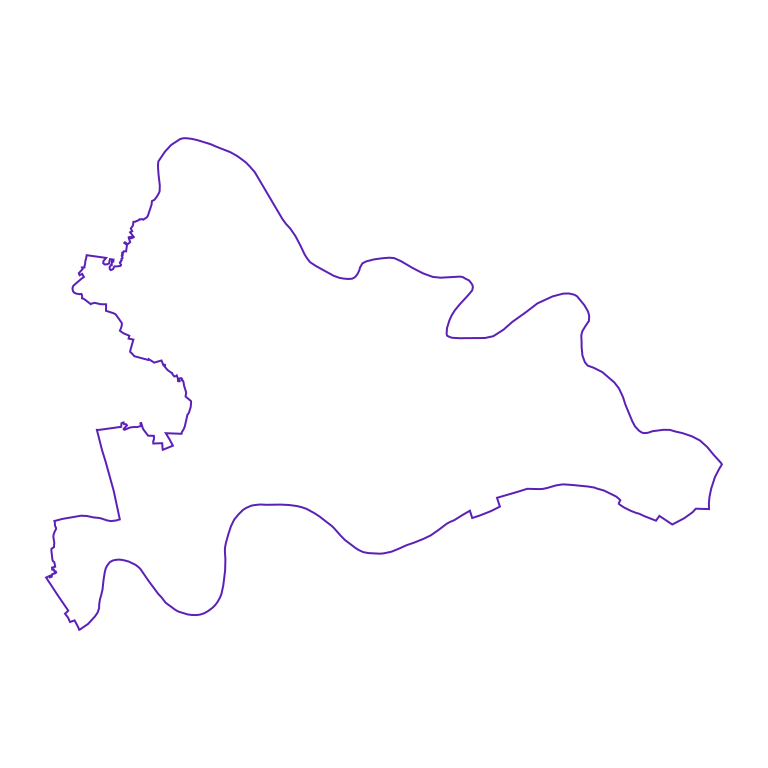 Que Vo, Bắc Ninh, Vietnam
{"feature_id": "81297802B29506934186430", "entity_name": "Que Vo", "entity_type": "district", "adm_level": 2, "iso_a3": "VNM", "parent_name": "Vietnam", "parent_adm1": "Bắc Ninh", "projection": "albers", "projection_center": [106.153, 21.145], "detail": "fine", "context": "isolated", "style": "outline", "palette": "violet", "viewbox_px": 768, "rotation_deg": 0, "n_neighbors": 0, "source": "geoboundaries", "source_scale": "gbopen_adm2", "svg_char_len": 6034}
<svg xmlns="http://www.w3.org/2000/svg" viewBox="0 0 768 768"><path d="M102.0,450.0L105.5,461.3L113.7,490.8L119.8,519.4L116.0,520.5L110.9,521.1L107.0,520.4L101.4,518.5L99.4,518.0L93.5,517.4L86.8,516.0L81.1,515.7L62.5,518.9L54.4,521.0L54.8,522.2L55.0,525.8L56.1,528.0L56.1,528.9L54.6,531.8L53.5,535.0L53.4,537.0L54.3,543.0L54.1,544.8L54.0,547.1L51.6,548.7L51.3,549.8L52.4,559.6L52.9,561.0L54.3,562.2L55.2,566.7L52.0,567.6L52.3,569.7L53.7,569.4L54.5,571.5L55.6,571.3L56.1,572.4L55.0,572.6L55.1,573.3L52.2,574.2L51.6,576.9L49.9,577.3L49.9,575.8L46.1,577.5L57.5,594.9L67.9,610.1L68.2,610.8L65.0,613.7L68.1,617.7L70.0,622.0L74.6,620.4L78.2,627.2L79.2,629.8L80.1,629.4L88.1,623.9L94.9,616.5L97.6,612.6L99.1,608.2L99.2,604.3L100.0,599.1L101.0,595.9L102.5,589.7L103.6,579.4L104.9,571.5L105.8,568.3L107.1,565.7L109.1,563.0L110.2,561.9L112.8,560.5L115.6,559.9L119.0,559.6L121.3,559.8L123.6,560.2L128.6,561.5L135.7,564.9L139.3,567.8L140.7,569.4L149.0,581.5L158.4,594.1L161.6,597.4L165.6,602.7L175.0,609.6L176.9,610.8L178.8,611.7L187.6,614.4L191.1,614.9L195.9,615.1L200.1,614.6L204.1,613.3L208.2,611.0L212.6,607.7L215.1,605.2L217.5,602.0L220.0,597.6L221.5,593.8L223.3,585.3L225.1,570.6L225.4,559.5L224.9,551.1L225.0,547.7L225.9,543.0L228.2,534.7L230.9,526.4L234.2,519.6L238.4,514.5L242.9,510.0L245.8,508.1L251.2,505.7L255.0,505.0L260.5,504.5L266.4,504.8L280.7,504.6L289.0,505.0L296.6,506.0L301.4,507.1L306.6,508.9L314.3,513.1L319.4,516.4L331.7,525.9L333.8,527.9L340.7,535.7L344.8,539.9L356.2,548.5L359.1,550.2L363.2,552.1L368.5,553.1L380.0,553.7L383.5,553.4L391.5,551.7L399.3,548.5L406.6,545.2L413.9,542.7L423.2,539.0L430.7,535.4L438.6,529.9L446.8,523.7L450.1,521.9L454.4,520.1L461.7,515.5L469.9,510.7L472.2,518.0L479.3,515.7L491.2,511.0L499.9,506.6L497.0,497.8L519.0,491.4L527.2,488.8L539.5,489.1L542.9,488.9L547.1,488.0L556.0,485.4L561.7,484.5L563.7,484.4L571.3,484.9L587.8,486.5L594.5,487.6L596.4,488.4L603.9,490.5L616.1,496.5L618.6,498.5L620.3,500.2L618.9,503.0L618.8,503.8L619.7,504.6L623.9,507.4L630.7,510.8L636.4,513.0L639.4,513.8L644.0,516.0L656.0,520.7L659.4,515.9L672.3,524.5L684.1,518.3L691.4,513.1L692.9,511.9L695.6,508.9L696.1,508.7L709.0,509.1L708.9,503.2L709.5,496.8L711.2,488.6L714.9,477.2L718.9,469.4L721.9,464.4L721.0,462.9L713.7,454.9L707.3,447.1L700.0,440.5L691.9,436.3L682.4,433.1L675.3,431.5L669.9,429.9L663.4,429.8L652.6,431.2L647.9,432.8L644.7,433.1L642.7,432.9L640.9,432.0L638.9,430.6L635.0,426.4L632.3,421.3L625.5,404.9L623.0,397.1L619.0,388.5L614.3,382.4L602.3,372.1L593.8,367.8L587.7,365.6L584.9,362.3L582.4,355.4L581.6,346.7L581.6,342.2L581.3,336.1L581.5,334.4L582.3,331.3L585.4,326.1L588.9,321.0L589.2,316.3L588.5,313.1L587.8,311.1L584.3,305.1L577.1,296.3L574.3,294.7L569.0,293.5L563.2,293.6L552.6,296.4L537.4,303.4L526.2,312.0L512.3,321.9L503.6,329.6L493.3,336.2L485.0,338.0L459.8,338.2L452.3,337.8L449.6,337.0L447.1,335.7L446.6,333.9L447.0,328.1L449.4,320.4L451.7,315.3L454.7,310.5L459.5,304.6L467.8,295.6L472.2,290.4L472.9,287.0L472.4,285.0L471.0,282.8L469.0,280.4L464.9,278.4L462.9,277.1L460.2,276.6L440.6,277.7L432.8,276.9L422.9,273.3L413.0,268.2L401.0,261.2L394.2,258.1L389.5,257.7L382.7,258.2L374.0,259.4L366.2,261.4L362.4,263.4L360.4,266.8L359.8,268.2L359.4,270.2L357.6,273.8L355.3,276.9L353.4,278.1L352.0,278.7L348.4,279.0L343.7,278.6L339.6,277.9L333.7,275.8L315.7,265.9L310.1,262.2L307.2,258.5L304.6,254.4L300.5,245.7L295.5,236.2L290.3,228.6L286.0,223.9L282.4,219.0L254.8,172.2L248.9,165.5L245.8,162.4L237.8,156.4L230.4,152.2L215.8,146.5L210.9,144.3L197.3,140.1L191.5,138.8L185.8,138.2L183.8,138.2L180.4,138.9L171.2,144.9L165.0,151.6L158.3,161.5L158.0,165.2L158.1,168.8L158.6,175.1L159.8,185.5L159.6,191.3L159.0,192.9L156.6,197.0L155.4,198.6L154.3,199.9L151.9,201.1L151.6,204.5L147.9,215.7L146.9,217.3L143.2,219.7L142.2,219.1L141.1,219.2L140.6,219.5L139.4,219.3L139.0,219.8L137.9,220.6L135.9,221.3L135.5,221.7L133.4,221.8L133.0,225.4L130.8,228.5L132.2,231.3L130.1,232.3L133.4,236.5L132.2,236.8L133.1,237.5L131.2,238.3L130.4,238.2L129.6,237.0L128.7,237.3L129.0,238.9L130.2,242.1L128.0,244.0L127.1,243.8L124.9,242.3L124.3,242.9L127.0,244.9L126.1,251.3L123.6,251.3L123.3,252.5L122.2,252.7L122.1,254.3L122.7,254.3L122.7,255.1L122.3,255.3L122.3,256.1L121.9,256.2L122.5,257.6L122.5,258.1L121.4,259.0L121.8,260.0L120.9,260.9L121.0,261.4L120.7,261.9L120.1,262.2L119.8,262.8L121.1,264.9L120.7,265.6L120.2,266.0L116.6,266.4L114.4,266.4L113.1,269.0L112.4,269.5L110.8,270.1L109.7,269.0L109.7,267.0L110.9,265.1L111.7,265.2L111.9,261.4L113.3,261.6L113.5,259.6L110.0,259.1L109.6,260.4L109.1,263.4L107.5,264.2L104.7,264.5L103.2,263.2L103.5,261.0L106.1,257.9L86.7,255.2L86.0,258.9L85.4,260.8L85.0,264.4L84.4,266.3L84.5,267.4L82.0,267.5L82.7,269.0L78.8,273.2L79.6,275.2L82.2,273.9L83.9,277.0L81.6,278.6L73.4,285.7L72.6,287.6L72.5,288.8L73.0,291.2L74.3,292.8L76.6,293.7L79.5,294.2L81.4,293.9L81.8,294.6L82.2,296.7L82.0,298.3L83.6,298.8L85.0,299.7L90.8,304.2L91.3,303.7L94.7,302.8L100.4,304.2L106.1,304.3L106.0,310.8L113.7,313.3L115.7,314.4L121.8,323.0L121.9,324.7L121.2,327.6L119.9,330.7L121.1,331.7L124.1,333.6L129.3,335.7L128.6,338.6L133.4,339.6L130.6,349.3L130.1,351.8L132.2,353.7L134.3,356.2L148.4,360.0L148.7,359.1L154.2,362.6L161.5,360.5L163.4,365.2L163.9,364.8L164.2,365.4L165.0,365.2L164.9,366.8L167.5,370.0L171.6,372.9L172.1,373.0L172.5,374.3L174.2,376.4L175.5,376.3L176.7,375.4L177.8,378.2L178.1,381.2L179.6,381.2L179.3,378.9L179.5,378.5L180.4,378.2L181.4,378.2L182.0,378.9L181.9,380.3L182.7,380.4L183.5,382.0L184.0,385.5L186.1,392.2L185.6,396.6L190.9,401.0L191.1,402.5L190.7,407.0L189.0,412.5L188.1,414.0L187.5,414.5L184.7,426.8L183.3,429.9L181.9,432.0L181.5,433.8L165.8,433.2L169.5,439.3L172.9,445.7L162.8,449.8L162.6,449.1L162.2,443.2L153.3,443.5L153.2,441.2L153.8,439.8L154.0,438.0L153.8,435.8L148.1,435.7L143.0,428.9L141.2,423.0L140.5,423.1L140.4,423.4L141.1,426.0L137.0,427.1L133.9,427.0L130.0,427.5L124.6,429.8L123.7,429.3L123.7,428.8L127.0,425.4L126.0,424.2L124.2,424.2L123.9,424.0L123.5,422.4L121.5,423.2L121.2,426.8L99.1,429.9L96.9,429.9L102.0,450.0Z" fill="none" stroke="#5b21b6" stroke-width="2"/></svg>